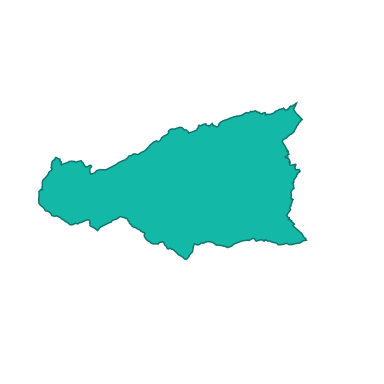 outline of Certeze, Satu Mare, Romania, rotated 148°
{"feature_id": "2599482B10692597376831", "entity_name": "Certeze", "entity_type": "district", "adm_level": 2, "iso_a3": "ROU", "parent_name": "Romania", "parent_adm1": "Satu Mare", "projection": "robinson", "projection_center": [23.542, 47.91], "detail": "fine", "context": "isolated", "style": "filled", "palette": "teal", "viewbox_px": 384, "rotation_deg": 148, "n_neighbors": 0, "source": "geoboundaries", "source_scale": "gbopen_adm2", "svg_char_len": 6009}
<svg xmlns="http://www.w3.org/2000/svg" viewBox="0 0 384 384"><g transform="rotate(148 192 192)"><path d="M146.9,101.6L143.3,99.6L138.7,98.2L137.5,95.8L136.3,95.4L135.3,94.5L131.8,93.5L128.0,91.8L126.4,91.5L123.7,91.8L120.6,90.5L120.6,91.8L120.2,92.4L121.0,93.8L121.0,98.9L124.4,110.0L122.2,110.4L122.3,111.2L122.8,111.8L122.7,112.2L122.8,113.1L123.3,113.4L123.6,114.0L123.5,114.6L122.8,114.8L122.9,115.0L123.4,115.8L123.8,116.0L124.1,116.8L123.7,116.9L123.8,117.4L124.5,117.7L123.3,118.4L123.1,118.8L124.0,119.4L124.2,122.0L123.4,122.1L122.3,123.0L117.9,124.7L117.7,125.0L117.8,125.9L117.0,127.3L115.5,127.7L114.8,128.8L113.3,129.8L112.8,130.4L112.1,130.8L110.8,132.0L110.3,132.1L110.5,132.4L110.5,132.9L110.8,133.1L111.3,133.1L111.5,133.4L111.1,134.5L108.9,137.4L108.6,139.1L105.9,140.8L103.6,141.0L102.6,143.7L102.0,144.6L101.8,145.7L102.0,146.3L100.5,146.3L99.0,148.5L97.8,148.7L96.6,149.4L95.1,149.8L94.0,151.2L92.9,151.3L92.6,152.1L90.3,151.9L89.5,152.1L89.4,152.4L89.8,152.4L89.8,152.7L89.2,154.3L92.1,155.8L92.1,157.3L91.8,158.2L91.3,158.6L91.3,159.0L91.0,158.9L90.9,159.2L89.7,159.8L89.3,160.2L89.4,160.6L94.0,162.3L94.7,163.3L94.5,163.9L93.1,165.0L94.0,165.7L93.1,165.9L92.4,167.1L92.6,169.7L92.8,169.9L92.7,170.3L92.3,170.9L94.1,170.9L94.4,172.5L91.3,172.6L90.5,172.9L89.8,172.7L89.8,174.0L89.4,174.8L89.0,174.9L88.8,175.6L89.6,175.8L89.9,176.3L89.3,177.2L89.0,177.2L89.0,179.8L88.8,181.3L88.8,187.0L86.7,188.1L83.5,187.8L79.5,188.7L76.5,188.5L73.6,189.0L72.8,189.5L72.4,190.1L71.9,190.2L71.0,190.8L70.1,191.0L68.0,192.6L67.0,192.7L66.8,193.0L66.0,193.2L65.5,193.7L62.1,194.6L62.1,194.9L61.8,195.2L60.2,195.0L60.3,196.4L61.3,200.6L61.4,201.7L61.8,202.5L62.0,204.1L62.1,208.2L56.2,212.0L57.2,212.1L58.9,211.6L59.7,211.7L60.1,212.0L60.5,211.6L61.4,211.5L62.5,212.1L62.6,212.5L62.8,212.6L64.2,212.3L65.1,211.7L66.0,211.9L66.7,211.2L69.4,211.7L69.9,214.6L70.9,214.4L71.5,214.9L72.6,215.0L74.3,215.8L75.5,215.7L78.5,216.2L79.3,215.9L79.7,216.0L80.3,215.7L81.7,215.6L82.4,216.1L83.0,216.0L84.3,216.3L87.7,218.4L88.8,218.5L87.8,220.5L90.1,221.3L91.4,221.1L91.9,221.6L93.2,223.0L92.7,223.6L93.3,223.7L93.8,225.0L94.5,225.3L94.5,226.1L94.9,226.5L95.0,227.1L95.5,227.2L95.8,227.5L97.1,227.5L97.9,228.2L98.7,228.3L99.4,229.3L100.7,229.0L102.4,229.1L102.9,229.4L103.3,230.3L104.4,230.7L109.1,230.7L113.4,232.1L113.3,232.4L117.3,233.7L121.3,234.6L123.3,234.6L123.8,234.9L127.8,235.9L130.8,236.0L132.0,235.8L133.2,235.3L133.8,234.5L134.6,233.9L136.0,233.8L136.9,234.7L137.6,235.9L138.3,236.3L138.6,236.9L138.5,237.5L138.8,238.1L138.6,239.5L142.6,238.5L142.6,239.6L143.6,240.3L145.0,241.8L144.3,242.5L146.1,243.2L147.7,243.5L149.4,243.4L150.7,244.9L151.4,244.6L152.4,243.6L152.6,243.0L153.8,243.0L155.1,242.0L160.0,242.8L163.8,243.8L163.3,245.4L163.8,246.5L163.9,247.3L164.2,247.9L165.4,248.6L165.8,249.2L166.1,251.2L166.6,252.2L168.2,253.4L173.8,254.7L175.4,256.0L176.5,256.4L178.2,256.5L179.5,256.2L179.9,255.9L180.4,254.7L180.7,254.4L183.4,253.9L186.1,254.4L188.5,254.1L189.5,253.9L189.6,253.5L191.5,252.7L193.1,252.3L193.9,252.5L195.0,254.3L198.0,254.6L203.3,253.9L204.5,253.2L206.9,252.8L207.8,252.3L211.1,252.0L214.7,252.5L217.2,252.3L219.0,253.0L219.2,253.6L219.8,254.3L221.1,255.0L221.7,255.3L223.8,255.0L226.6,255.9L228.8,255.0L231.4,254.5L233.6,255.2L238.4,255.8L243.1,255.5L253.2,256.5L254.2,257.0L256.0,258.4L257.1,258.8L257.8,259.6L260.4,260.4L261.8,260.6L264.3,259.8L268.4,260.6L268.3,262.0L267.6,263.9L266.3,265.9L263.8,266.6L263.6,267.3L263.7,268.4L265.4,268.8L267.1,268.8L268.0,269.1L268.7,270.1L269.3,270.4L268.9,274.9L269.5,276.0L269.5,277.3L273.3,278.5L274.6,278.6L275.5,280.2L277.1,281.3L277.3,281.7L280.1,283.0L280.9,282.7L285.8,283.9L288.3,284.1L288.3,284.7L286.9,286.7L287.7,288.4L287.0,288.9L286.6,289.7L288.1,291.5L288.6,292.9L289.2,293.5L290.2,293.2L291.0,292.2L292.9,292.3L294.1,292.0L295.1,291.3L296.9,289.4L297.8,287.7L298.6,287.4L298.6,286.5L298.2,285.7L298.3,285.5L300.1,284.9L302.1,284.8L303.5,284.2L304.1,283.5L304.9,283.1L308.9,281.7L311.7,281.2L312.8,280.6L313.9,279.4L315.4,276.9L316.5,275.7L317.1,274.6L317.6,273.1L318.2,273.2L318.7,274.2L321.6,273.5L323.1,270.7L325.7,267.2L326.4,266.5L326.6,265.7L327.8,263.5L327.8,263.0L327.3,260.3L326.1,256.9L326.3,253.8L324.5,252.2L323.8,250.8L323.0,248.3L323.4,246.8L322.8,245.6L321.4,244.3L319.4,243.4L317.5,240.6L317.1,239.7L317.0,238.5L315.4,235.7L315.2,234.5L313.2,230.8L313.0,229.4L312.5,228.5L310.3,227.5L307.1,227.1L306.5,226.1L305.6,225.4L303.7,225.6L302.2,224.9L296.8,224.3L294.4,223.2L293.9,221.4L294.4,220.6L295.3,220.1L295.1,219.1L296.4,217.5L293.6,212.6L292.5,209.3L288.3,210.8L278.5,209.8L276.6,209.3L275.5,209.8L274.3,210.0L269.5,208.9L267.0,209.3L265.5,208.9L263.8,206.9L262.8,206.2L262.5,205.2L261.6,204.4L261.2,203.7L261.3,202.5L261.1,202.2L261.4,201.2L261.0,199.8L261.5,198.9L261.6,198.4L260.9,196.5L260.9,194.8L260.7,194.3L259.9,192.7L258.8,192.0L257.9,189.8L256.2,187.1L256.1,185.7L255.7,185.4L254.9,183.6L253.8,182.4L253.9,181.8L255.4,180.7L255.9,179.6L256.0,179.0L255.9,175.6L255.3,174.1L254.1,172.1L254.0,170.9L252.7,168.8L249.7,166.9L248.4,165.8L246.0,166.5L245.3,166.2L244.8,165.7L243.0,165.3L242.8,163.5L243.3,161.6L242.6,159.8L242.9,157.1L242.4,156.3L240.8,155.9L240.2,155.6L239.7,154.4L238.5,153.3L237.0,148.0L236.9,146.3L234.7,142.5L234.2,140.8L234.0,139.5L233.6,138.9L232.8,138.2L231.6,138.0L229.7,138.5L226.9,140.1L223.7,140.9L222.6,141.7L219.8,145.0L217.4,146.9L216.9,146.3L216.7,145.7L215.8,144.5L214.6,143.9L213.5,143.5L211.6,143.9L210.7,143.7L210.3,143.2L208.8,142.3L207.8,142.4L205.9,142.0L204.0,141.0L201.8,139.0L200.8,137.6L199.6,134.1L197.6,132.8L194.5,130.2L193.8,129.1L192.6,128.2L191.4,126.1L187.5,125.1L184.0,125.6L175.7,124.0L171.5,122.3L169.6,121.2L169.5,120.9L169.0,120.6L165.2,120.5L164.7,120.2L163.9,119.4L163.7,116.4L161.6,115.8L160.4,115.7L160.2,115.3L159.1,115.1L158.0,114.3L157.3,113.3L157.4,113.1L157.0,112.2L156.3,112.0L155.3,112.6L154.4,111.5L153.8,110.3L151.5,108.9L151.5,108.2L151.0,107.4L147.3,103.8L146.9,101.6Z" fill="#14b8a6" stroke="#0f766e" stroke-width="1.5"/></g></svg>